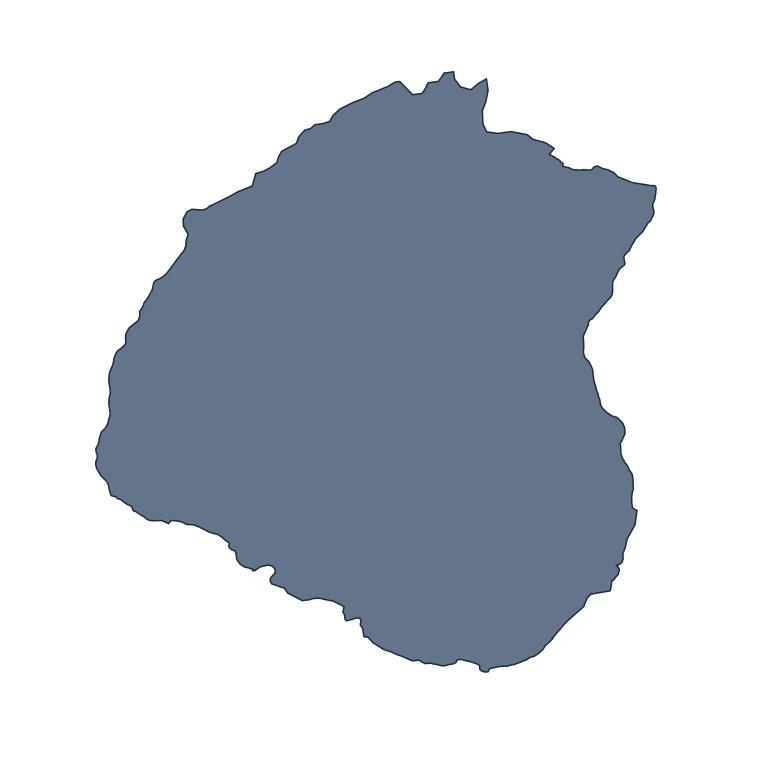 Konawe Kepulauan, Sulawesi Tenggara, Indonesia (Robinson projection), rotated 82°
{"feature_id": "22746128B22870517920414", "entity_name": "Konawe Kepulauan", "entity_type": "district", "adm_level": 2, "iso_a3": "IDN", "parent_name": "Indonesia", "parent_adm1": "Sulawesi Tenggara", "projection": "robinson", "projection_center": [123.119, -4.119], "detail": "fine", "context": "isolated", "style": "filled", "palette": "slate", "viewbox_px": 768, "rotation_deg": 82, "n_neighbors": 0, "source": "geoboundaries", "source_scale": "gbopen_adm2", "svg_char_len": 6118}
<svg xmlns="http://www.w3.org/2000/svg" viewBox="0 0 768 768"><g transform="rotate(82 384 384)"><path d="M242.9,92.7L239.2,90.3L232.3,88.2L228.0,87.3L226.1,87.5L225.1,89.0L224.7,92.3L223.2,96.5L219.7,108.4L218.5,111.4L216.4,114.7L211.4,123.5L206.6,127.1L202.8,132.9L201.8,135.7L200.7,138.1L199.2,140.3L198.0,141.7L197.8,143.6L198.6,146.3L200.3,147.9L201.0,150.4L199.5,156.3L199.4,159.8L199.2,162.6L198.4,164.0L198.4,166.3L195.7,170.6L193.4,176.4L190.7,176.1L189.6,176.9L189.3,177.8L187.2,178.7L185.1,181.2L183.9,183.1L182.8,183.5L182.3,185.0L180.9,186.3L179.6,188.3L174.4,182.7L167.7,190.3L162.4,202.5L157.1,207.3L151.7,223.1L151.7,236.5L148.5,247.4L140.0,249.8L127.2,248.6L118.6,243.8L107.9,240.1L96.2,240.1L99.4,248.6L104.7,257.1L100.5,266.8L91.9,271.7L84.5,271.7L84.5,281.4L88.2,284.4L91.9,288.2L91.9,298.4L97.3,302.1L101.5,305.7L101.5,315.4L86.6,326.4L86.6,331.2L89.8,338.5L94.1,355.5L98.3,364.0L100.6,374.5L105.5,389.2L111.1,397.2L116.3,401.2L117.6,407.8L117.6,416.3L120.8,421.1L121.6,427.1L125.8,432.3L128.6,434.7L133.5,437.1L136.8,446.0L136.7,446.1L139.4,453.0L144.0,456.6L149.9,459.4L154.1,467.0L156.6,473.8L157.7,481.7L169.6,486.9L173.1,501.3L177.3,512.3L183.6,531.6L183.5,531.9L185.6,535.1L186.4,538.9L185.8,543.1L184.2,550.0L186.0,555.1L192.7,559.9L199.7,560.7L208.4,557.1L214.1,559.9L221.1,561.5L221.6,562.3L222.6,562.4L225.5,564.8L226.8,566.6L229.9,569.5L232.8,572.5L241.8,581.4L244.2,583.9L246.2,586.7L248.0,590.1L249.5,595.3L251.1,597.6L253.5,598.6L256.6,599.7L259.1,600.8L264.3,604.7L268.1,608.0L269.7,609.9L272.9,611.6L275.7,613.6L277.9,615.9L282.5,616.3L286.8,618.4L288.1,620.4L291.8,626.8L293.4,629.0L296.1,631.0L298.6,632.7L301.4,633.4L304.4,633.7L306.9,633.7L309.1,635.2L311.0,637.7L312.5,640.1L313.7,642.6L315.6,644.6L318.7,646.6L321.1,647.9L324.8,648.9L328.0,650.3L334.1,654.0L337.3,655.0L341.0,655.8L344.7,656.2L348.1,656.0L351.7,656.0L355.4,656.5L358.7,657.8L363.2,659.0L366.5,659.3L370.9,659.2L375.4,659.3L379.0,660.7L381.1,661.7L384.4,662.9L386.2,663.9L387.4,665.1L389.3,666.4L391.3,669.4L392.5,670.7L394.6,671.7L396.1,672.5L399.3,673.8L401.7,674.3L404.4,675.6L405.5,676.6L407.7,678.2L409.4,678.5L411.5,678.5L414.4,677.8L417.0,678.2L419.2,679.2L420.8,680.3L424.5,680.7L427.5,680.3L431.1,679.0L435.8,676.9L437.2,675.7L439.4,674.2L441.1,672.8L443.0,671.7L445.3,671.0L447.1,670.8L449.5,670.9L452.2,670.4L455.7,670.2L456.9,669.1L458.3,665.4L459.9,664.2L460.6,663.9L460.9,662.4L462.0,660.6L465.7,657.1L466.7,655.9L467.7,654.7L469.2,651.9L470.7,650.8L474.8,649.9L475.6,647.9L476.9,646.3L480.6,642.2L481.8,640.4L483.5,638.9L485.5,636.9L486.6,634.5L487.2,632.3L488.4,622.6L489.1,622.0L492.2,616.6L489.7,614.2L489.9,611.6L490.8,608.4L491.4,605.7L494.0,601.0L495.5,599.3L495.7,597.7L495.9,597.6L496.5,594.3L497.0,592.0L499.7,587.3L503.6,581.5L506.0,578.3L507.6,575.1L510.0,569.4L511.8,567.4L512.9,565.9L516.4,563.1L518.9,560.5L520.4,559.1L522.5,560.3L524.2,560.2L525.5,559.0L526.7,558.2L527.9,556.1L528.8,554.9L531.0,554.2L535.4,554.2L537.4,554.1L542.1,551.7L545.1,548.6L546.3,546.5L547.2,543.7L547.6,542.9L548.5,541.7L549.0,539.7L550.6,540.2L550.8,537.5L549.7,535.8L549.3,534.7L548.4,533.3L547.7,530.9L547.5,529.4L547.5,527.9L547.3,526.0L547.3,524.1L547.7,522.2L549.2,519.7L550.6,518.6L552.7,517.8L554.7,517.8L556.6,518.7L557.8,520.6L559.6,522.5L561.2,523.8L563.9,524.0L566.4,522.9L568.6,518.3L570.0,516.0L572.2,511.2L577.7,508.4L587.1,495.2L587.3,487.9L586.7,485.8L586.7,482.5L587.2,477.7L587.8,475.8L588.8,473.6L591.1,467.0L591.7,464.9L596.9,457.3L599.0,454.6L604.3,456.5L607.2,455.1L609.1,455.2L610.8,455.5L612.0,455.2L612.9,454.6L613.3,453.7L612.6,447.8L612.0,445.3L612.0,441.9L613.3,440.1L615.3,439.9L617.1,440.0L618.2,440.8L619.7,440.9L621.4,439.9L623.3,439.2L625.7,439.1L631.2,439.1L631.6,438.7L632.1,436.5L632.5,435.2L635.5,433.1L636.6,432.1L638.4,431.2L646.9,421.2L650.1,414.7L654.4,407.7L656.2,404.0L658.8,399.8L661.2,396.1L662.2,393.6L662.3,387.9L666.5,382.6L667.1,375.9L668.0,374.6L668.7,371.8L670.0,368.8L671.2,365.6L671.4,363.5L671.3,361.0L670.9,359.5L670.8,354.6L670.0,352.0L669.8,351.5L667.7,350.3L667.3,348.8L667.3,347.2L667.8,345.1L669.1,342.3L671.4,336.3L673.3,332.5L675.2,329.3L676.8,328.6L677.5,328.5L678.1,328.8L679.3,328.8L680.5,328.6L681.3,327.8L682.4,326.1L683.2,324.3L683.5,321.0L682.0,319.9L680.9,319.5L680.3,316.3L679.9,309.0L679.9,306.5L680.0,304.1L680.6,302.2L680.2,299.0L679.8,293.5L676.7,280.4L675.0,277.3L674.6,273.3L672.6,269.0L669.5,264.2L668.2,262.8L665.7,260.9L664.1,258.3L659.7,252.4L659.3,252.8L644.9,236.5L632.1,217.0L628.5,215.2L627.3,214.3L625.4,213.3L624.6,213.0L624.2,212.6L620.6,208.0L620.9,207.8L620.3,188.8L618.0,187.9L610.2,185.6L610.5,184.5L609.4,183.2L607.7,181.6L605.0,178.5L601.1,176.9L600.3,176.7L599.5,176.9L597.6,177.9L596.5,178.6L595.9,179.3L595.6,179.1L595.8,177.4L595.5,176.1L593.7,173.2L592.7,172.6L590.4,171.5L587.8,171.3L585.3,171.0L579.1,167.7L571.2,164.8L558.4,155.0L544.6,151.1L541.9,154.4L541.1,155.1L537.9,155.2L535.2,155.1L531.8,154.6L529.7,154.4L524.9,152.7L524.3,152.5L523.0,151.8L514.3,150.8L509.6,150.7L507.3,150.9L503.7,152.9L500.2,153.8L496.7,155.4L495.4,156.7L493.2,156.9L491.9,157.9L485.9,159.1L479.1,158.4L475.5,158.3L473.1,156.2L471.2,155.2L470.3,154.3L468.3,153.4L466.9,152.3L462.1,151.8L459.9,152.0L456.5,152.9L454.3,154.1L451.2,156.7L450.0,157.6L449.2,158.5L448.8,159.7L447.4,162.7L442.7,167.8L438.8,170.8L435.6,172.2L432.5,172.5L429.7,172.5L426.6,173.2L423.7,173.4L420.4,174.3L415.2,174.8L413.5,175.2L409.7,175.6L404.9,175.7L400.1,175.4L397.5,175.7L392.8,177.1L390.6,177.9L386.2,181.2L382.7,182.0L380.0,182.1L375.2,181.0L368.7,180.3L366.1,180.2L364.5,180.0L362.4,178.8L355.2,174.3L353.8,173.3L351.6,173.1L349.3,171.2L348.4,168.6L344.8,164.9L342.8,162.0L337.6,157.3L335.1,154.1L332.9,151.7L330.5,148.5L329.2,147.0L326.9,145.5L322.5,144.4L319.8,144.2L314.8,143.4L312.9,142.0L310.1,139.5L307.1,137.8L302.7,134.7L301.9,133.2L299.5,129.3L298.0,128.5L296.3,128.8L292.1,128.9L291.0,128.5L290.2,128.0L287.8,125.3L286.4,122.9L283.5,120.9L281.5,119.7L280.3,118.6L274.9,114.3L269.1,106.5L261.5,100.4L259.7,97.5L254.4,93.9L252.5,92.9L250.6,92.7L245.0,93.2L242.9,92.7Z" fill="#64748b" stroke="#1e293b" stroke-width="1.5"/></g></svg>